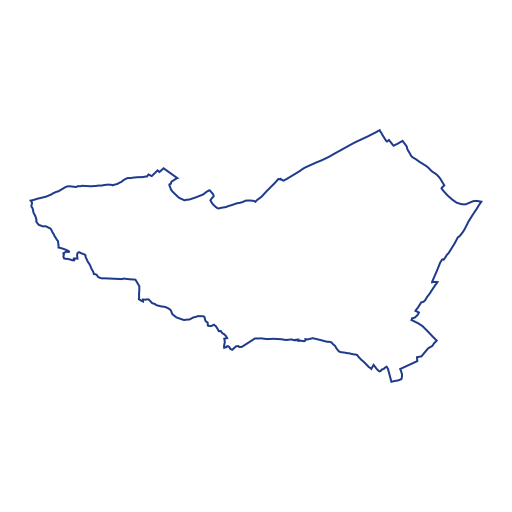 Cozmesti, Vaslui, Romania
{"feature_id": "2599482B65715279001223", "entity_name": "Cozmesti", "entity_type": "district", "adm_level": 2, "iso_a3": "ROU", "parent_name": "Romania", "parent_adm1": "Vaslui", "projection": "natural_earth1", "projection_center": [27.474, 46.723], "detail": "fine", "context": "isolated", "style": "outline", "palette": "blue", "viewbox_px": 512, "rotation_deg": 0, "n_neighbors": 0, "source": "geoboundaries", "source_scale": "gbopen_adm2", "svg_char_len": 5998}
<svg xmlns="http://www.w3.org/2000/svg" viewBox="0 0 512 512"><path d="M273.4,338.8L281.0,339.2L286.0,340.0L291.9,339.4L293.1,340.0L294.3,340.1L294.6,340.1L295.0,339.9L295.1,340.0L295.1,340.3L295.3,340.3L296.3,339.7L297.6,339.6L297.2,340.2L297.3,340.5L298.1,340.8L299.2,340.9L299.7,340.4L301.1,340.9L301.9,340.9L303.5,341.1L304.4,341.1L305.0,340.8L305.4,340.4L305.4,339.1L307.3,339.4L308.1,339.3L312.8,338.2L320.4,340.0L326.7,341.7L330.1,341.9L331.0,342.2L332.0,343.0L333.3,344.5L333.9,344.9L335.2,346.1L335.5,346.6L336.3,348.2L336.8,348.9L338.9,351.4L339.5,351.7L341.3,352.2L344.7,352.6L347.4,353.2L349.5,353.3L351.2,353.9L353.5,354.3L355.9,354.6L357.3,355.1L358.2,356.5L361.3,359.8L363.2,361.3L367.5,365.6L368.6,366.9L369.5,367.5L370.5,368.0L371.3,368.9L373.6,364.9L376.9,369.2L378.9,371.1L379.7,371.4L379.8,371.3L381.1,370.6L381.4,370.2L381.7,369.5L383.4,369.1L384.3,368.5L384.6,367.9L386.6,366.7L388.0,368.9L391.4,381.8L395.1,380.9L398.0,380.5L401.0,379.3L401.5,379.0L402.0,376.1L402.0,374.5L401.2,371.5L400.2,369.0L417.3,361.1L417.0,357.2L421.4,356.4L427.8,348.7L428.9,347.8L430.9,346.8L432.3,345.9L434.0,343.4L436.7,340.6L432.7,336.6L427.4,331.0L423.2,326.8L422.2,325.9L417.8,323.1L411.5,320.0L412.0,318.9L412.0,318.4L414.6,317.7L416.7,315.9L417.5,315.0L418.1,314.2L418.9,312.5L415.5,310.9L415.8,310.2L418.1,307.4L421.2,302.4L423.5,301.8L425.2,300.2L427.1,296.9L429.9,293.4L430.8,291.8L432.8,288.8L435.0,285.5L437.5,282.1L436.6,281.9L433.4,282.0L432.1,282.3L432.1,281.9L437.2,270.1L440.2,262.6L441.8,260.0L442.3,259.4L443.2,259.4L443.7,259.7L445.1,257.7L447.2,254.4L448.1,253.6L448.4,253.4L454.7,243.3L457.8,237.4L459.6,236.2L462.6,232.4L464.4,229.6L467.0,224.6L468.2,222.0L472.7,214.8L476.8,208.7L478.7,205.5L481.3,201.7L477.3,201.0L474.9,200.9L473.0,201.3L470.0,202.5L465.8,204.3L464.0,204.4L461.1,204.1L456.7,202.7L452.5,199.8L447.4,195.3L443.7,191.2L441.5,188.4L442.1,187.4L444.3,185.4L443.7,184.4L441.0,179.9L440.2,178.6L438.8,176.8L436.7,174.6L435.2,173.5L431.8,171.3L428.7,168.1L426.9,166.5L425.9,165.8L419.9,162.1L415.4,158.9L413.9,158.1L411.6,156.5L410.7,155.2L410.5,154.5L407.5,149.5L407.1,148.3L406.8,146.7L405.9,145.3L402.5,140.9L397.5,143.8L393.5,145.7L388.9,140.0L387.0,141.5L386.1,140.8L382.4,134.9L381.4,133.0L380.7,132.0L380.0,131.0L379.7,130.2L377.8,131.1L377.0,131.7L368.4,136.1L354.5,142.6L335.6,153.0L328.8,156.9L321.5,160.4L316.0,162.6L304.7,167.7L301.4,169.8L299.7,171.1L287.0,178.8L283.4,180.7L280.5,178.9L280.1,179.5L278.6,178.9L278.3,179.1L275.1,182.7L266.6,191.2L262.2,196.0L261.2,197.0L257.1,200.0L255.3,201.8L254.8,201.4L253.8,200.9L250.6,200.5L245.7,200.6L244.4,201.2L242.7,202.0L240.1,202.8L236.9,203.3L231.4,205.2L228.9,205.9L226.3,206.9L225.3,207.2L221.7,207.7L219.3,208.3L218.3,208.4L217.5,208.2L215.8,207.0L214.0,205.4L213.4,204.8L212.2,203.4L210.4,200.3L211.4,198.9L211.8,198.2L213.5,196.6L213.6,196.2L213.6,195.6L213.3,194.7L213.0,194.1L209.8,190.4L209.5,190.3L208.9,190.4L208.3,190.9L206.6,191.7L206.0,192.3L202.9,194.6L195.2,197.6L189.5,199.5L185.8,199.9L184.9,200.3L184.3,200.2L181.1,198.8L178.6,197.5L177.4,196.3L172.5,191.6L171.6,190.3L170.9,189.5L170.5,188.1L169.4,185.3L169.4,184.4L170.9,183.7L171.0,182.7L171.6,181.6L176.7,178.3L177.3,178.1L163.6,168.3L159.4,172.0L157.6,170.4L151.7,176.1L148.5,174.5L147.0,176.5L145.7,176.5L142.6,177.1L140.3,177.1L136.3,177.3L132.6,177.7L131.3,178.0L129.7,178.1L128.2,178.0L127.4,178.1L125.9,178.8L123.5,180.1L121.7,181.7L119.6,182.7L117.2,184.0L112.9,185.1L112.6,185.3L111.9,184.9L108.0,184.6L103.7,185.1L102.3,185.5L100.2,185.6L99.0,185.5L95.7,186.0L93.8,186.0L92.0,186.3L89.4,186.2L82.1,185.8L80.7,186.2L77.8,186.2L76.2,187.0L69.8,186.3L68.1,186.3L67.0,186.5L65.5,187.1L58.2,191.4L56.1,191.9L52.5,193.6L52.1,194.1L46.5,196.5L41.0,197.9L37.5,198.7L33.4,200.0L30.7,200.6L31.6,201.8L32.0,202.8L32.0,203.5L31.5,205.2L31.4,205.9L31.5,206.4L31.7,207.1L32.2,207.6L32.6,208.5L32.9,209.4L33.3,211.9L33.5,212.6L35.4,216.3L35.9,217.8L36.5,220.1L36.4,220.7L36.2,221.3L36.6,222.1L37.5,223.3L38.9,225.0L40.7,225.5L42.5,226.3L43.2,226.4L45.3,226.2L47.5,227.0L49.1,228.0L50.1,228.3L50.5,228.6L51.7,230.5L52.5,232.5L53.3,233.5L53.8,234.3L54.5,236.1L55.1,236.8L55.5,237.6L56.2,238.6L56.7,239.6L57.2,240.1L58.0,241.2L58.6,246.1L58.5,247.5L62.4,248.5L65.7,249.7L68.7,251.1L69.1,251.6L69.0,251.8L68.5,252.0L67.4,251.8L65.8,251.9L65.0,252.3L64.6,252.7L63.4,253.2L63.4,253.9L63.9,254.7L63.6,255.4L63.4,256.9L63.8,257.5L64.1,258.2L64.1,258.4L66.0,258.9L68.1,258.9L69.5,259.4L71.2,259.8L72.4,260.3L74.1,260.4L74.4,259.8L73.9,259.3L73.7,258.9L73.8,258.5L74.1,258.4L77.5,258.6L77.1,255.8L77.1,254.9L77.3,254.1L77.4,253.4L78.5,252.3L79.1,252.2L79.5,252.3L80.6,253.0L84.3,254.4L85.2,255.0L85.5,255.3L85.6,257.0L88.1,262.3L89.1,263.5L90.3,265.8L91.2,268.1L92.1,269.9L92.5,270.5L93.3,272.1L93.9,274.1L95.6,274.3L96.5,274.7L97.1,275.4L98.0,276.9L100.1,277.9L102.1,278.4L104.1,278.3L122.1,279.1L123.6,278.6L124.0,278.6L130.0,279.3L131.9,279.4L134.9,279.6L135.5,279.8L137.2,282.6L139.3,286.2L139.3,290.7L139.1,292.8L139.0,294.2L139.1,297.2L138.9,299.3L139.6,299.6L141.6,300.9L143.0,301.5L142.9,299.5L145.5,299.7L147.3,299.3L148.1,299.4L148.7,299.5L150.6,301.4L151.6,302.7L152.8,303.4L154.7,303.9L156.3,305.1L157.2,305.4L161.6,306.5L163.9,306.7L165.6,307.1L168.2,308.3L170.0,309.5L171.0,310.7L172.1,313.7L172.7,314.5L176.4,317.4L183.5,319.9L184.8,320.0L186.6,319.6L187.8,319.6L189.3,319.5L190.7,318.9L192.9,317.6L196.0,316.8L198.1,316.1L199.9,316.2L202.9,316.2L203.5,316.4L204.4,316.9L204.9,318.7L205.1,320.0L205.9,321.4L207.6,322.5L207.8,323.9L207.7,325.2L207.9,325.6L208.4,325.8L210.3,326.1L211.9,325.8L213.9,324.7L216.0,326.4L217.6,328.9L218.8,331.2L219.7,331.2L220.6,330.9L220.9,331.1L221.4,332.1L222.5,333.3L224.0,334.1L226.0,336.1L227.1,338.1L224.3,338.7L224.5,339.5L224.8,342.4L224.0,346.0L224.2,347.8L226.5,347.1L226.6,346.4L228.1,346.2L229.0,346.8L229.6,347.5L230.2,348.8L232.2,349.8L236.1,346.3L238.4,346.1L239.3,347.0L241.8,346.9L254.9,338.5L261.6,338.4L267.0,339.1L273.4,338.8Z" fill="none" stroke="#1e3a8a" stroke-width="2"/></svg>